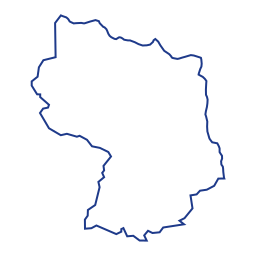 the district of Delchevo, Delčevo, North Macedonia
{"feature_id": "65306769B90097726978799", "entity_name": "Delchevo", "entity_type": "district", "adm_level": 2, "iso_a3": "MKD", "parent_name": "North Macedonia", "parent_adm1": "Delčevo", "projection": "robinson", "projection_center": [22.782, 41.938], "detail": "fine", "context": "isolated", "style": "outline", "palette": "blue", "viewbox_px": 256, "rotation_deg": 0, "n_neighbors": 0, "source": "geoboundaries", "source_scale": "gbopen_adm2", "svg_char_len": 2032}
<svg xmlns="http://www.w3.org/2000/svg" viewBox="0 0 256 256"><path d="M146.7,240.6L144.2,235.4L148.0,230.8L152.5,233.0L159.6,232.3L163.2,227.5L184.0,224.3L179.5,220.7L184.5,218.2L192.5,208.4L190.5,195.4L196.6,194.4L200.0,190.7L206.8,189.7L214.2,185.8L218.3,178.6L224.3,178.5L224.0,177.6L223.3,172.0L223.1,168.5L222.8,166.6L221.4,164.6L221.3,163.9L221.2,162.0L221.1,161.3L222.1,158.6L222.0,155.8L221.2,154.6L220.4,153.4L219.6,152.1L219.6,148.5L219.4,147.8L218.8,146.2L217.3,143.3L212.2,142.3L210.8,140.5L209.6,138.8L209.3,138.1L209.1,137.4L207.4,131.5L207.1,126.6L207.3,121.5L206.1,116.5L205.4,114.4L205.9,111.2L206.9,107.0L207.4,103.3L207.6,99.6L207.0,97.0L206.0,94.8L205.9,89.7L206.2,83.9L206.4,81.0L204.9,78.9L202.8,76.9L198.6,74.6L198.8,73.5L200.3,68.9L201.4,66.6L201.7,63.7L201.3,59.4L200.9,57.8L199.2,57.2L193.8,55.5L190.8,55.1L185.1,56.8L182.2,57.6L179.0,58.6L177.4,58.9L174.2,58.3L172.5,57.9L171.7,57.4L171.4,56.6L170.7,55.8L169.4,54.3L168.7,53.8L166.3,52.2L164.2,50.8L160.4,45.4L158.2,41.6L155.3,39.0L153.6,40.3L153.0,41.9L150.1,44.6L146.8,45.3L142.6,45.5L138.5,44.1L134.8,42.2L130.0,40.4L128.0,40.4L126.2,40.1L124.1,39.7L123.1,38.9L122.1,38.2L120.8,37.5L119.5,37.3L118.9,37.4L116.2,39.1L114.7,38.9L113.8,38.5L111.3,37.2L109.6,35.8L108.3,33.7L107.2,30.9L106.4,29.2L104.5,27.3L103.9,27.1L103.3,26.9L100.2,23.7L99.6,23.0L98.9,21.2L95.5,20.1L90.3,21.5L84.6,23.3L83.4,23.3L81.3,22.9L75.6,23.2L73.7,23.4L71.3,22.3L69.7,21.5L68.3,19.2L67.4,18.3L66.3,17.4L62.0,15.9L60.9,15.4L55.1,23.0L55.6,57.2L43.4,60.2L38.9,67.3L37.6,76.7L31.7,81.4L31.7,85.6L37.1,94.3L40.2,94.4L40.2,97.1L49.0,104.8L48.0,107.6L43.1,108.6L40.0,113.0L49.0,128.3L60.8,135.2L66.9,133.8L76.9,136.7L79.6,135.8L87.0,139.8L92.0,146.3L99.9,147.9L108.3,152.0L111.0,156.5L103.5,165.9L104.1,170.4L102.2,172.9L104.1,177.2L98.4,181.9L99.6,187.2L95.2,205.0L87.9,210.0L87.7,215.7L84.9,219.6L85.0,228.7L91.4,228.2L96.4,225.5L116.3,234.1L121.3,231.7L121.3,229.1L123.4,228.1L127.2,236.3L133.3,235.8L139.6,240.5L146.7,240.6Z" fill="none" stroke="#1e3a8a" stroke-width="2"/></svg>